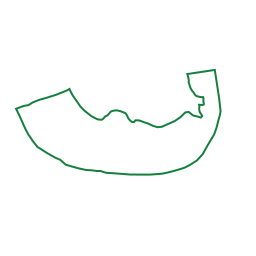 Alamoni, Tuvalu, rotated 342°
{"feature_id": "33948139B55306304782384", "entity_name": "Alamoni", "entity_type": "district", "adm_level": 2, "iso_a3": "TUV", "parent_name": "Tuvalu", "parent_adm1": "", "projection": "equal_earth", "projection_center": [177.156, -7.249], "detail": "fine", "context": "isolated", "style": "outline", "palette": "green", "viewbox_px": 256, "rotation_deg": 342, "n_neighbors": 0, "source": "geoboundaries", "source_scale": "gbopen_adm2", "svg_char_len": 1570}
<svg xmlns="http://www.w3.org/2000/svg" viewBox="0 0 256 256"><g transform="rotate(342 128 128)"><path d="M27.5,75.1L28.4,81.4L29.4,90.4L30.2,97.9L31.3,103.7L32.5,107.4L33.4,111.0L36.1,118.2L38.8,121.3L43.1,126.6L49.6,133.7L49.7,133.8L53.8,137.4L57.4,143.6L62.6,147.2L68.5,151.1L75.4,155.1L80.4,157.0L85.4,159.4L88.6,160.4L90.9,162.1L93.3,163.8L100.8,166.8L115.4,172.8L127.0,176.7L135.2,179.3L145.8,181.9L151.9,182.6L158.3,183.0L164.5,183.2L169.9,183.2L175.7,182.2L180.3,181.0L183.5,180.2L188.6,177.3L190.9,176.0L194.5,172.7L198.5,169.0L203.8,164.3L207.8,160.9L212.5,154.8L216.1,149.0L219.4,144.1L221.3,140.4L223.9,127.6L228.5,99.6L201.1,95.0L201.0,97.6L200.6,101.4L199.8,103.4L199.8,106.5L199.8,109.4L200.6,112.8L201.3,114.3L202.0,117.2L203.0,118.8L205.4,120.3L207.6,121.5L208.9,121.7L208.9,123.2L207.9,126.1L207.6,128.6L206.9,129.2L205.6,129.0L204.1,128.4L202.8,127.9L202.6,129.5L201.6,131.7L201.1,134.8L201.8,137.3L202.3,139.5L200.5,140.6L196.8,138.0L193.9,136.3L190.6,131.4L187.3,130.9L186.3,131.4L183.6,132.7L181.0,134.0L174.7,135.8L160.6,137.3L156.5,136.4L152.7,133.9L148.6,130.1L145.3,127.7L141.1,124.3L137.5,123.0L135.5,124.2L133.6,123.4L132.4,121.8L131.8,120.2L131.2,118.7L131.0,116.1L130.3,113.3L128.1,111.4L125.9,109.6L122.7,107.7L119.4,107.0L116.8,107.0L114.3,108.6L112.2,109.7L110.0,109.9L108.6,110.8L106.6,111.8L105.4,112.0L101.6,110.3L96.8,105.4L92.1,98.3L91.5,97.3L89.3,92.6L85.5,80.0L84.7,75.7L84.4,72.8L80.9,73.5L69.3,74.2L59.5,74.1L53.4,73.8L52.1,73.8L45.4,74.2L40.5,75.5L35.8,74.8L27.5,75.1Z" fill="none" stroke="#15803d" stroke-width="2"/></g></svg>